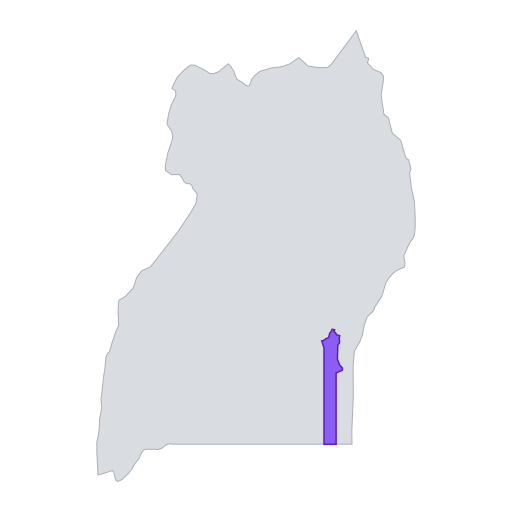 Uganda, with Mayuge highlighted
{"feature_id": "UGA-3120", "entity_name": "Mayuge", "entity_type": "District", "adm_level": 1, "iso_a3": "UGA", "parent_name": "Uganda", "parent_adm1": "", "projection": "equal_earth", "projection_center": [33.58, -0.276], "detail": "fine", "context": "in_parent", "style": "filled", "palette": "violet", "viewbox_px": 512, "rotation_deg": 0, "n_neighbors": 0, "source": "natural_earth", "source_scale": "10m", "svg_char_len": 2661}
<svg xmlns="http://www.w3.org/2000/svg" viewBox="0 0 512 512"><path d="M352.0,444.2L345.6,444.2L335.2,444.2L324.7,444.2L314.3,444.2L303.8,444.2L293.3,444.2L282.9,444.2L272.4,444.2L262.0,444.2L251.5,444.2L241.1,444.2L230.6,444.2L220.2,444.2L209.7,444.2L199.3,444.2L188.8,444.2L178.4,444.2L172.2,444.2L171.0,444.0L170.1,443.7L166.2,444.7L162.1,448.1L157.7,449.6L153.1,449.0L152.5,449.4L150.2,449.3L146.8,449.1L143.7,450.0L141.4,453.0L139.0,458.2L134.7,464.2L131.4,469.5L128.5,473.3L122.0,479.5L118.5,481.3L116.7,481.0L115.6,479.8L113.6,471.9L112.3,470.6L99.6,474.7L97.7,474.8L97.9,472.3L96.9,453.7L96.8,442.3L98.4,435.1L99.4,426.9L99.5,419.6L101.8,407.2L101.0,399.8L104.0,373.8L104.8,369.6L105.9,357.1L107.8,353.2L109.5,351.7L111.6,344.0L115.8,331.7L118.7,325.3L118.1,311.5L118.5,302.0L119.2,300.0L125.3,296.5L133.3,287.7L136.7,277.5L141.4,271.0L150.6,266.7L178.0,231.6L190.7,212.6L196.2,202.9L196.4,199.4L197.5,194.9L195.3,191.3L192.6,188.1L191.7,185.1L189.5,183.6L186.2,183.6L184.0,181.5L181.6,177.2L179.2,174.5L171.4,174.7L165.4,170.4L165.5,164.5L167.9,152.8L172.4,139.4L172.7,135.7L172.0,132.5L170.9,129.8L168.9,127.2L167.0,124.0L168.5,114.3L171.3,104.9L173.7,100.2L176.0,94.9L175.3,90.6L172.0,88.4L173.7,84.2L177.3,77.1L184.3,69.9L190.4,65.1L194.5,65.1L202.5,68.9L209.7,73.4L213.6,73.6L218.4,71.8L228.4,63.8L230.7,66.3L233.7,71.2L236.8,79.2L243.0,82.9L246.0,85.4L248.2,86.1L249.4,85.5L251.8,79.2L254.6,75.7L259.9,71.4L271.6,67.9L280.0,66.9L283.5,66.1L289.4,64.1L298.8,57.6L308.0,66.0L318.0,67.6L327.7,67.5L330.6,65.0L332.3,63.0L342.5,49.3L356.3,30.7L365.4,56.9L368.6,58.4L368.2,60.7L367.4,62.9L373.4,69.3L380.8,72.5L383.4,75.8L383.6,79.3L381.2,94.6L381.6,99.0L384.0,114.3L388.4,117.8L392.3,133.2L400.2,139.8L401.3,141.7L403.2,149.2L405.6,157.4L407.5,159.3L408.6,159.8L410.9,168.5L409.6,173.4L411.4,188.2L414.4,201.5L415.2,217.4L415.2,224.4L415.1,228.6L414.4,234.7L413.0,238.2L410.5,241.6L407.7,246.9L405.3,252.6L403.8,255.5L405.0,264.0L404.7,266.3L404.0,267.4L400.4,268.7L395.9,271.0L393.1,273.3L389.2,277.6L386.0,282.3L381.9,296.2L374.9,306.9L373.7,310.5L367.2,316.9L364.3,324.8L362.5,334.6L359.9,341.5L354.4,351.1L353.1,366.2L353.3,396.4L351.8,430.7L352.0,444.2Z" fill="#d9dde1" stroke="#a8b0b8" stroke-width="1"/><path d="M336.1,444.3L325.7,444.3L324.0,444.3L324.0,347.9L321.7,340.9L323.5,340.5L326.2,338.5L327.0,338.2L327.8,338.1L328.6,337.4L329.1,335.7L329.6,333.5L331.1,331.5L332.2,329.2L334.7,329.8L334.0,331.5L335.4,332.6L336.6,334.7L339.7,335.7L339.2,339.4L339.5,340.6L339.5,341.1L339.5,342.7L337.8,345.3L337.4,359.1L339.7,365.0L342.5,368.1L342.3,370.2L336.1,373.0L336.1,444.3L336.1,444.3Z" fill="#8b5cf6" stroke="#5b21b6" stroke-width="1.5"/></svg>